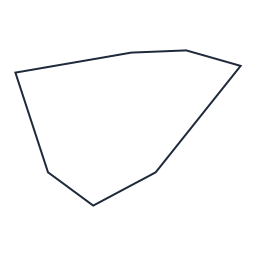 Pukapuka, orthographic projection
{"feature_id": "COK-4959", "entity_name": "Pukapuka", "entity_type": "state/province", "adm_level": 1, "iso_a3": "COK", "parent_name": "Cook Islands", "parent_adm1": "", "projection": "orthographic", "projection_center": [-165.817, -10.886], "detail": "fine", "context": "isolated", "style": "outline", "palette": "slate", "viewbox_px": 256, "rotation_deg": 0, "n_neighbors": 0, "source": "natural_earth", "source_scale": "10m", "svg_char_len": 214}
<svg xmlns="http://www.w3.org/2000/svg" viewBox="0 0 256 256"><path d="M15.4,72.6L131.3,52.6L186.2,50.4L240.6,65.9L155.7,172.3L93.2,205.6L48.0,172.3L15.4,72.6Z" fill="none" stroke="#1e293b" stroke-width="2"/></svg>